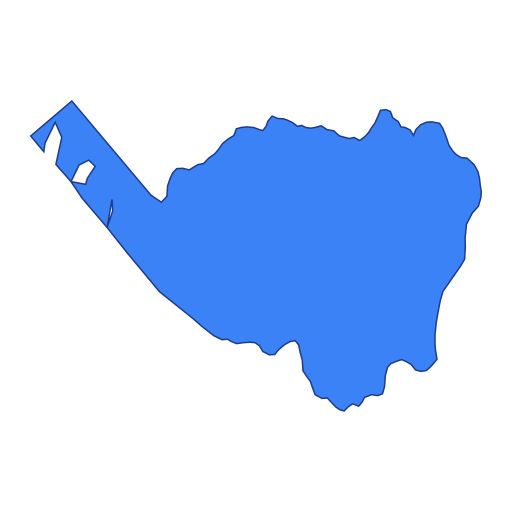 the district of Santa Luzia do Itanhy, Sergipe, Brazil
{"feature_id": "56859067B77744961178342", "entity_name": "Santa Luzia do Itanhy", "entity_type": "district", "adm_level": 2, "iso_a3": "BRA", "parent_name": "Brazil", "parent_adm1": "Sergipe", "projection": "equal_earth", "projection_center": [-37.504, -11.37], "detail": "fine", "context": "isolated", "style": "filled", "palette": "blue", "viewbox_px": 512, "rotation_deg": 0, "n_neighbors": 0, "source": "geoboundaries", "source_scale": "gbopen_adm2", "svg_char_len": 2158}
<svg xmlns="http://www.w3.org/2000/svg" viewBox="0 0 512 512"><path d="M107.1,227.5L127.2,252.9L159.5,291.7L192.9,318.5L201.7,326.2L205.7,329.4L213.8,335.7L221.9,339.7L227.5,339.2L231.3,341.5L236.5,343.6L243.3,342.7L249.8,342.2L255.1,342.7L259.4,345.7L262.8,351.5L269.3,354.8L274.7,354.5L278.3,350.0L284.6,344.6L290.2,341.5L295.2,340.7L298.7,344.9L300.1,352.1L302.3,360.3L303.0,370.8L306.8,376.6L310.4,381.4L312.4,387.4L315.1,394.7L322.0,398.4L327.3,398.0L331.5,402.5L335.9,407.1L340.0,409.8L344.1,411.0L348.1,406.9L352.6,403.8L358.7,406.2L362.0,402.3L364.5,397.4L371.5,394.7L377.8,395.6L382.5,393.8L384.5,386.8L385.4,375.1L387.6,367.2L391.0,363.5L396.8,361.2L401.8,359.6L406.7,361.8L411.2,364.5L415.6,370.0L420.8,371.4L426.4,370.5L431.1,366.2L437.0,359.3L435.5,350.2L435.0,344.3L435.0,334.2L436.4,321.6L438.0,312.5L440.4,300.1L443.0,291.3L451.4,279.3L460.6,266.0L464.6,259.3L465.3,246.7L465.1,237.9L466.5,224.2L472.3,213.0L478.4,206.2L480.8,198.0L481.3,191.9L480.3,185.6L479.5,178.4L477.9,171.5L474.1,164.7L467.1,158.1L461.1,157.6L456.3,154.7L452.8,151.1L449.0,145.4L445.8,135.8L442.6,127.9L439.5,123.3L432.1,121.9L426.9,122.1L420.8,124.6L415.9,129.6L413.5,135.4L410.1,130.0L405.2,127.5L401.0,126.9L398.2,121.5L392.8,117.9L390.4,111.5L386.0,109.7L380.4,110.3L378.0,116.3L374.8,123.3L371.7,127.5L368.8,132.3L365.3,136.2L359.8,140.5L354.1,137.5L349.0,138.5L344.5,137.3L339.2,135.8L333.8,130.8L327.0,129.6L321.2,125.8L315.8,127.3L310.7,128.2L305.9,127.5L301.6,125.4L297.5,126.3L292.4,122.5L287.5,120.2L283.4,118.8L277.8,118.5L272.1,116.1L267.9,121.2L266.1,126.3L262.8,130.6L258.8,129.4L253.5,127.5L246.8,126.9L241.0,127.5L236.4,128.8L233.8,135.6L228.6,138.7L222.6,143.5L218.9,149.0L214.7,153.9L208.9,158.0L203.5,163.6L198.3,164.5L194.0,166.9L189.3,169.9L182.8,168.3L176.8,168.6L172.7,172.9L170.0,178.9L167.6,185.8L166.9,196.4L161.3,202.2L151.0,195.2L136.1,177.5L71.8,101.0L30.7,136.0L43.8,151.7L45.0,143.2L55.2,122.3L61.8,137.3L55.9,164.4L71.0,181.6L82.2,198.3L107.1,227.5ZM71.0,181.6L79.1,165.0L88.7,160.1L95.2,166.3L87.3,178.4L85.6,184.3L71.0,181.6ZM107.1,227.5L112.0,199.5L112.7,210.9L107.1,227.5Z" fill="#3b82f6" stroke="#1e3a8a" stroke-width="1.5"/></svg>